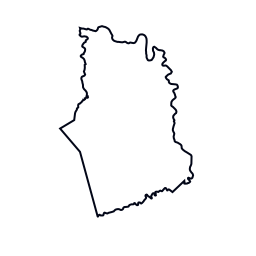 Allende, Nuevo León, Mexico (Robinson projection), rotated 288°
{"feature_id": "50627088B85815179056295", "entity_name": "Allende", "entity_type": "district", "adm_level": 2, "iso_a3": "MEX", "parent_name": "Mexico", "parent_adm1": "Nuevo León", "projection": "robinson", "projection_center": [-100.014, 25.299], "detail": "fine", "context": "isolated", "style": "outline", "palette": "ink", "viewbox_px": 256, "rotation_deg": 288, "n_neighbors": 0, "source": "geoboundaries", "source_scale": "gbopen_adm2", "svg_char_len": 5768}
<svg xmlns="http://www.w3.org/2000/svg" viewBox="0 0 256 256"><g transform="rotate(288 128 128)"><path d="M80.8,190.1L95.1,197.9L93.3,198.7L92.8,198.5L92.6,198.7L92.6,199.3L92.8,199.9L93.1,200.3L93.3,201.2L94.1,201.9L94.4,202.6L95.5,203.4L96.2,203.7L96.5,203.5L97.5,202.1L98.1,200.9L98.4,200.7L98.8,200.6L99.1,200.6L99.4,200.9L99.4,201.3L99.2,202.9L99.3,203.4L99.6,204.0L100.2,204.4L100.6,204.6L101.7,204.6L103.2,204.5L104.3,203.7L104.8,203.1L105.2,202.2L105.8,201.4L106.4,200.6L107.3,199.8L108.3,199.4L110.1,199.1L111.3,199.3L112.9,199.4L113.7,199.3L120.7,197.2L121.6,196.5L121.9,195.8L123.1,191.1L123.5,189.2L124.4,186.8L125.2,185.5L126.2,185.0L127.6,184.4L128.2,183.8L128.7,182.7L129.4,179.7L129.4,177.4L130.0,176.4L130.9,176.0L132.5,174.7L134.1,174.0L136.0,173.9L137.1,173.7L137.8,173.1L138.3,172.5L139.6,171.4L140.8,171.0L143.6,170.8L147.0,170.8L147.8,170.3L148.4,169.6L148.7,169.5L149.4,169.8L149.8,169.7L150.5,168.8L151.5,168.0L152.0,167.7L152.6,167.5L153.8,167.4L156.1,168.4L157.0,169.1L157.9,169.1L158.8,168.9L159.2,168.6L160.0,167.9L160.7,166.7L161.9,164.3L162.2,163.4L162.3,162.8L162.9,162.1L165.4,161.4L166.5,161.3L168.2,161.8L169.5,162.6L170.3,163.2L171.5,163.8L172.2,163.8L173.1,163.0L174.0,162.5L175.5,161.3L176.7,159.8L177.4,159.5L178.2,159.7L179.0,160.3L180.5,162.2L181.1,162.8L182.0,162.9L183.0,162.5L183.9,161.7L184.3,161.1L184.2,159.8L183.2,155.4L183.5,153.6L184.4,152.6L185.5,152.3L186.0,151.8L186.2,150.7L186.5,149.8L187.6,148.4L188.2,148.1L188.8,148.3L188.9,148.5L190.2,149.1L191.3,149.8L193.1,151.9L195.0,152.3L196.3,150.9L198.0,147.6L198.7,146.3L199.1,145.0L199.0,144.2L198.3,142.8L198.2,141.7L198.7,141.1L199.4,140.9L200.2,141.0L201.2,141.4L203.0,142.4L203.9,143.1L204.7,143.1L205.5,142.4L206.1,141.2L206.2,140.5L206.2,140.0L206.7,139.4L208.5,139.3L210.3,139.6L211.0,139.4L211.5,138.8L212.0,138.2L212.3,136.8L212.0,134.6L211.8,134.2L211.7,132.8L211.8,132.1L212.1,131.2L212.7,130.2L213.1,128.9L213.4,127.9L213.0,127.3L212.4,127.1L211.3,127.1L209.3,127.9L208.7,128.4L208.3,128.9L207.9,129.3L206.7,129.9L206.0,130.2L205.1,130.3L203.2,130.4L200.7,129.7L199.9,129.4L199.5,128.7L199.1,128.1L198.8,127.3L198.6,126.5L198.8,125.8L200.6,124.0L201.8,123.5L202.4,123.4L203.2,123.0L204.5,122.2L205.8,121.8L207.3,121.1L209.7,120.5L215.1,119.3L217.2,118.6L218.8,117.9L220.0,116.9L220.7,116.1L221.2,115.2L221.4,114.5L221.5,113.0L221.3,112.2L220.7,110.8L220.3,110.3L219.9,110.0L218.2,109.3L213.6,109.0L212.2,108.6L211.3,108.2L210.7,107.5L210.4,106.8L210.0,103.8L209.8,103.4L209.1,102.9L208.7,102.3L208.6,101.6L208.7,100.7L209.1,99.5L209.2,99.0L209.1,98.3L207.8,96.3L207.5,95.2L207.0,92.5L206.7,91.6L206.6,90.7L206.6,89.9L206.6,88.7L206.6,88.0L207.2,86.5L207.6,85.9L208.2,85.4L208.8,85.0L209.5,84.8L210.7,84.8L211.1,84.6L212.6,82.9L215.3,80.2L216.1,79.0L216.5,77.9L216.9,76.0L217.0,75.1L216.8,73.1L216.9,72.4L216.7,71.6L215.0,69.2L214.7,68.8L214.2,68.6L212.4,68.6L211.9,68.5L210.6,67.8L210.1,67.3L209.8,64.2L210.0,63.1L209.8,62.3L209.8,61.6L210.1,59.6L210.0,59.1L209.7,58.8L209.1,58.5L208.9,58.0L208.8,55.1L208.4,53.6L208.3,52.5L208.3,51.4L208.0,51.6L207.2,52.2L206.9,52.2L206.0,52.0L205.4,52.1L203.7,53.3L202.9,53.6L202.7,53.6L202.1,53.1L201.8,53.1L201.5,53.2L201.2,53.7L200.7,54.7L200.6,55.4L200.6,55.9L200.7,56.2L201.7,58.1L202.0,60.4L201.5,61.5L201.2,61.9L200.9,62.1L200.3,62.1L199.8,61.9L198.7,61.0L198.2,60.8L197.3,61.1L196.7,61.1L196.1,60.4L195.5,59.9L193.5,59.2L192.9,59.1L192.0,59.1L191.6,59.2L191.2,59.6L190.6,61.9L190.1,62.6L189.7,62.9L188.5,63.2L187.4,63.3L185.3,62.8L184.8,63.0L184.5,62.9L183.9,61.9L183.5,61.5L182.3,60.8L181.8,60.8L181.4,61.1L181.2,61.3L180.6,63.6L180.1,64.6L179.8,65.0L178.6,66.0L177.3,66.7L175.7,68.0L174.7,67.3L172.0,68.3L169.9,68.7L168.1,68.6L165.6,70.7L164.6,70.5L163.7,69.8L163.0,68.8L162.3,68.3L161.4,68.2L160.7,68.3L159.9,68.7L158.3,70.0L156.9,70.7L155.2,71.8L153.0,72.6L152.7,72.8L151.9,73.6L151.4,74.2L150.4,76.1L149.8,76.9L149.2,77.6L148.5,78.1L147.7,78.4L146.6,78.7L145.6,78.7L145.7,79.9L145.3,79.9L145.2,80.1L144.9,80.1L144.7,80.4L144.4,80.3L144.2,80.0L144.4,79.6L143.0,77.9L142.5,78.3L142.3,78.3L142.0,78.0L141.7,77.9L141.0,77.4L140.9,77.1L141.1,76.9L141.1,76.7L140.3,76.7L139.1,76.0L138.1,75.8L137.1,75.0L136.6,74.9L135.7,73.9L135.1,73.5L134.1,73.6L132.2,74.3L130.8,73.4L129.7,73.7L127.3,73.1L125.6,73.1L118.9,74.4L106.5,63.6L90.5,89.7L34.6,126.4L34.5,126.7L34.7,126.8L36.2,127.2L36.6,127.5L36.7,128.0L36.4,128.6L36.4,129.1L37.0,131.0L37.2,131.3L37.8,131.5L39.3,131.4L40.0,131.6L40.3,132.0L40.2,133.3L40.3,134.7L40.5,135.0L41.3,135.7L43.0,138.4L44.3,140.2L45.0,140.5L45.6,140.8L46.4,141.3L46.9,141.9L47.5,142.9L47.9,143.9L48.0,144.6L48.0,145.4L47.8,146.1L47.9,146.7L48.2,147.4L48.7,147.8L49.1,148.1L49.6,148.3L50.8,148.3L51.1,148.5L51.5,148.8L51.8,149.2L52.7,151.4L53.4,152.7L54.6,153.0L55.1,153.2L55.6,153.7L56.5,154.9L56.8,156.0L57.0,156.5L57.4,157.0L57.8,157.2L58.3,157.1L58.6,157.4L58.6,157.6L58.5,158.1L57.8,159.1L57.6,159.7L57.4,160.4L57.6,160.9L58.0,161.3L58.7,161.2L59.5,160.9L60.3,161.0L60.6,161.4L60.8,162.4L60.3,163.3L60.3,163.9L61.0,164.5L63.1,165.5L64.2,165.7L65.6,166.4L66.9,166.8L67.5,166.7L68.0,166.3L68.5,165.8L69.2,165.5L69.8,165.6L70.1,165.9L70.4,166.2L70.4,166.5L70.3,166.9L69.6,167.7L69.4,168.3L69.0,169.9L68.2,171.7L68.2,172.1L68.4,172.3L68.8,172.3L69.6,171.5L70.1,171.3L70.6,171.1L71.2,171.2L71.9,171.4L72.6,171.5L73.4,171.8L73.8,172.2L73.8,173.0L73.5,173.6L72.6,173.9L72.3,174.3L72.2,174.8L72.4,175.2L72.6,175.3L73.2,174.8L73.7,174.8L73.9,174.8L74.4,174.3L75.3,173.8L75.8,174.0L76.2,174.7L76.4,175.3L76.5,175.7L76.5,176.5L78.2,177.8L78.4,178.1L78.3,179.6L78.5,180.0L79.3,180.3L81.4,181.2L82.3,181.7L82.5,182.2L82.5,182.5L82.3,182.8L81.5,183.7L80.8,184.5L80.9,184.9L81.2,185.0L81.5,185.1L81.9,185.3L82.1,185.5L82.2,186.3L80.8,190.1Z" fill="none" stroke="#020617" stroke-width="2"/></g></svg>